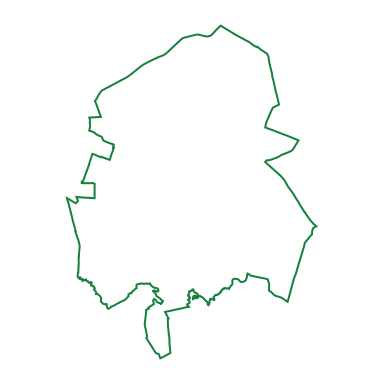 Vērēmu pag., Rezeknes, Latvia, rotated 91°
{"feature_id": "27541924B33063248942187", "entity_name": "Vērēmu pag.", "entity_type": "district", "adm_level": 2, "iso_a3": "LVA", "parent_name": "Latvia", "parent_adm1": "Rezeknes", "projection": "orthographic", "projection_center": [27.375, 56.565], "detail": "fine", "context": "isolated", "style": "outline", "palette": "green", "viewbox_px": 384, "rotation_deg": 91, "n_neighbors": 0, "source": "geoboundaries", "source_scale": "gbopen_adm2", "svg_char_len": 5928}
<svg xmlns="http://www.w3.org/2000/svg" viewBox="0 0 384 384"><g transform="rotate(91 192 192)"><path d="M224.1,67.1L221.6,70.1L218.5,72.9L213.3,76.8L210.1,78.9L210.2,79.1L202.1,84.4L200.1,85.4L196.2,88.2L193.2,89.9L192.1,90.8L189.5,92.5L184.9,96.1L178.5,99.8L174.9,103.0L160.7,119.4L159.1,118.1L158.9,116.1L158.6,114.4L156.6,109.0L155.8,107.1L154.6,105.0L153.1,102.6L151.2,97.8L149.4,93.7L148.4,92.5L146.9,91.3L138.5,86.4L137.0,90.3L133.7,98.7L133.1,100.7L128.9,112.1L126.2,119.9L121.7,119.2L109.0,113.9L106.2,112.6L103.1,106.5L92.1,109.3L91.4,109.7L78.9,112.6L75.0,113.8L74.1,113.8L71.7,114.2L64.0,116.3L58.9,117.4L55.3,117.9L52.3,119.5L48.5,125.6L45.7,129.0L45.7,129.4L46.0,129.9L43.9,133.7L40.6,138.1L39.6,140.6L38.6,142.2L36.2,147.0L33.9,151.4L25.2,166.2L28.6,169.8L34.5,175.0L35.1,175.7L35.5,176.5L36.2,179.2L36.2,180.7L36.0,182.1L34.5,188.2L34.5,189.5L34.7,190.9L37.8,202.3L38.3,203.8L39.6,205.5L53.0,219.3L54.7,221.3L55.6,222.7L57.9,228.2L60.0,232.6L63.2,238.8L65.3,242.5L67.5,245.7L72.9,252.0L77.1,257.3L78.5,259.3L80.0,262.0L86.4,273.6L87.7,275.9L87.8,275.9L89.0,278.4L91.6,282.9L92.1,283.7L93.1,284.8L94.9,286.1L101.8,289.8L102.8,290.7L103.5,290.2L105.5,289.4L118.5,284.4L118.7,286.5L119.4,296.0L121.8,295.3L124.6,295.4L127.6,295.0L132.4,295.8L133.6,292.1L134.7,289.9L135.8,289.0L137.6,285.3L138.2,283.5L138.7,283.1L141.9,281.6L142.7,280.2L144.2,276.5L145.5,272.4L145.8,271.3L146.2,271.0L147.7,271.6L147.9,271.2L149.4,271.8L149.5,271.0L154.3,272.7L161.3,274.9L158.7,282.5L158.4,283.3L158.9,283.5L157.8,286.5L157.2,287.6L155.6,292.2L163.1,294.6L166.8,295.5L183.5,301.3L183.5,302.4L185.0,302.4L185.1,300.9L185.1,300.7L185.0,293.4L184.7,291.8L185.2,290.1L185.5,289.5L199.9,289.3L199.3,303.0L198.9,307.4L202.9,305.8L205.3,308.0L200.3,316.9L204.4,315.8L204.5,315.5L218.9,311.6L223.4,310.5L233.2,307.6L233.5,308.0L242.1,304.8L246.9,303.5L249.3,303.4L258.5,304.1L258.5,303.9L260.6,304.2L265.1,304.0L274.6,304.3L274.6,304.7L278.3,304.9L279.5,304.4L279.6,304.1L279.5,303.8L279.9,303.5L279.4,302.9L279.3,302.4L279.4,302.2L281.0,302.7L281.2,302.4L280.6,301.6L281.1,299.9L281.3,299.9L281.3,300.3L281.5,300.4L281.9,299.8L282.8,299.9L282.8,299.6L282.2,298.9L282.1,299.0L281.7,298.7L282.1,297.3L281.4,296.5L282.3,296.1L282.8,295.6L283.1,294.4L283.6,294.5L283.8,293.9L284.4,293.6L284.6,293.3L284.2,291.9L283.8,291.5L284.3,290.9L284.8,292.0L286.9,291.2L287.4,291.1L287.0,289.9L288.1,289.3L288.3,288.2L290.3,287.5L291.1,288.4L294.0,285.9L295.7,286.2L295.8,284.4L296.1,283.9L297.9,282.0L299.4,281.0L302.8,281.2L303.4,281.1L304.4,279.7L305.3,279.0L305.8,277.0L305.6,276.4L305.4,276.2L305.5,275.6L305.6,275.4L306.2,275.2L307.2,275.4L309.7,274.5L310.2,273.7L309.6,272.4L308.0,270.6L307.0,268.2L304.6,264.2L304.1,262.9L303.3,261.9L301.3,257.5L298.2,254.4L297.2,253.6L295.4,253.8L294.1,251.6L294.4,251.0L292.8,250.1L289.3,246.4L289.1,245.7L287.2,245.9L285.9,245.9L285.4,245.3L285.1,244.6L284.7,242.0L284.2,241.1L284.2,240.6L284.5,240.2L284.7,239.2L284.5,238.7L284.6,237.9L284.5,236.5L284.1,235.6L284.6,234.3L284.5,233.3L284.2,232.3L285.5,231.9L285.8,231.4L287.2,230.2L288.1,228.6L288.5,227.6L288.5,226.9L289.0,224.8L289.5,224.3L291.0,223.8L291.9,224.1L292.1,224.5L292.2,224.9L292.0,225.3L291.6,226.8L291.2,227.7L291.2,228.5L291.6,229.2L292.2,229.0L293.7,227.0L294.4,226.6L296.5,225.7L297.6,224.3L298.8,222.2L300.9,220.3L301.4,219.8L301.5,219.2L301.8,219.2L302.6,219.5L303.1,220.1L304.3,220.7L304.5,221.1L303.7,221.8L303.6,222.2L303.7,222.7L302.5,225.3L300.7,226.1L299.6,228.0L300.1,228.4L301.0,228.7L301.2,229.0L304.6,228.1L305.9,229.9L308.3,233.6L309.4,233.1L310.6,235.9L312.0,235.7L325.5,237.0L337.0,234.3L338.8,235.1L353.6,225.4L354.7,222.3L358.8,220.8L358.3,219.6L353.3,210.8L344.6,211.8L338.1,212.1L336.8,212.4L326.2,213.7L319.3,214.0L319.0,213.2L312.4,216.8L310.8,209.9L310.2,207.5L308.7,201.1L308.6,200.4L307.3,195.6L306.8,193.1L304.9,194.9L304.4,194.9L302.8,192.4L302.0,192.4L301.2,192.7L300.8,193.1L300.0,194.1L299.2,193.6L299.2,193.1L299.0,192.7L298.3,192.3L297.7,192.4L297.6,192.8L297.3,193.0L296.9,193.0L296.7,192.7L296.4,192.9L296.0,194.0L295.5,194.1L294.7,194.0L294.0,193.2L292.1,193.0L291.5,193.2L291.3,192.9L291.4,192.2L291.0,191.7L290.8,190.9L290.5,190.8L289.3,189.6L289.4,189.1L289.7,188.7L290.0,188.8L289.9,189.1L290.4,189.1L290.9,188.8L292.3,187.5L292.8,186.9L292.8,186.3L293.3,185.3L294.0,184.5L295.1,184.2L296.2,184.1L296.5,185.0L296.1,186.0L295.6,186.7L295.6,187.6L295.7,188.1L296.5,188.9L298.7,189.4L299.2,189.2L299.0,188.8L298.4,188.4L298.0,187.8L297.9,187.1L297.7,187.0L297.7,186.7L297.8,186.6L297.8,186.3L298.0,186.2L297.9,186.0L298.1,185.1L298.0,184.7L296.5,183.5L295.7,182.6L295.7,182.1L296.1,181.8L296.8,180.7L297.2,179.4L300.1,176.7L301.5,174.9L303.1,174.4L304.4,174.2L304.9,173.7L303.8,172.7L300.5,172.5L299.8,171.9L298.6,171.9L298.5,171.0L298.4,170.6L299.6,168.3L299.6,167.9L299.4,167.7L298.9,167.7L298.3,168.1L296.7,168.5L296.1,168.1L295.6,167.7L295.4,167.4L294.8,167.1L294.5,166.6L294.6,166.4L294.5,166.2L294.7,165.9L294.7,165.7L294.3,165.0L294.1,164.9L294.2,164.6L294.1,164.1L293.7,163.9L293.5,163.6L293.5,163.4L293.3,163.1L292.8,162.7L292.0,162.6L291.9,162.2L291.9,161.5L291.8,161.4L291.4,161.1L290.3,161.1L289.6,160.1L289.3,159.9L289.0,160.0L288.8,159.7L288.2,159.4L287.9,159.0L287.8,158.6L288.1,158.0L287.3,157.2L287.9,155.9L287.9,155.4L287.6,154.9L287.6,154.5L288.1,153.6L288.3,153.3L286.4,152.4L283.6,150.1L282.2,150.0L280.2,150.1L279.4,150.0L278.4,149.2L278.1,148.6L278.0,148.2L278.1,146.5L278.5,144.4L279.0,143.7L280.8,142.1L281.1,141.4L281.1,140.5L280.7,138.7L280.0,137.4L279.6,137.0L278.6,136.4L276.7,135.8L272.6,135.1L273.1,133.9L274.6,131.8L277.8,114.9L282.7,113.2L289.1,113.4L291.6,109.9L293.1,108.7L294.5,106.3L295.3,103.0L296.1,100.8L300.1,94.5L292.6,92.5L285.6,90.8L276.1,88.4L272.5,86.9L262.2,84.1L244.7,79.1L243.0,78.7L240.9,78.4L237.0,75.2L233.6,72.7L232.3,71.3L228.9,71.2L227.3,70.6L226.5,70.6L225.9,70.1L224.8,68.6L224.1,67.1Z" fill="none" stroke="#15803d" stroke-width="2"/></g></svg>